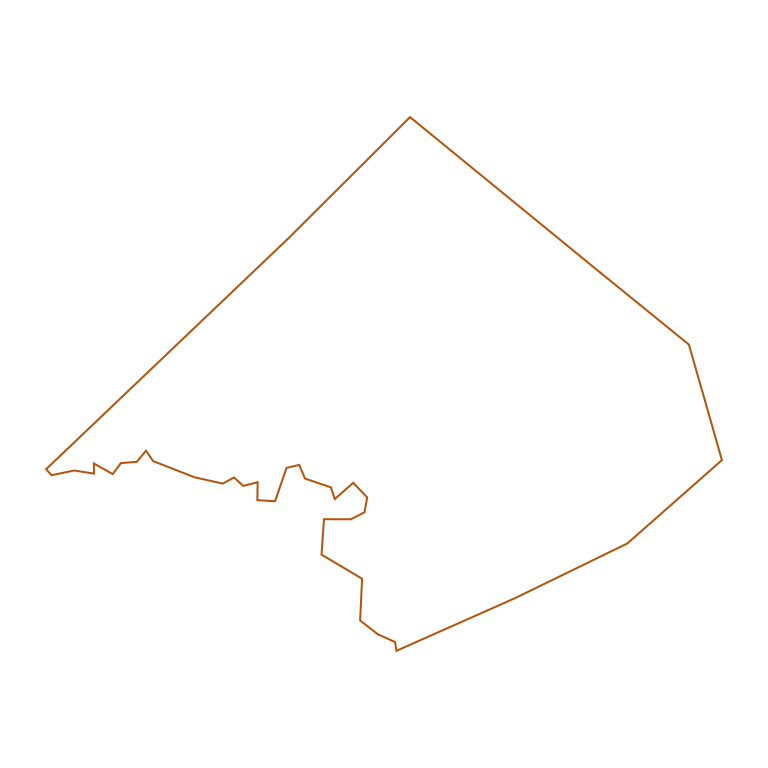 outline of Comal, Texas, United States of America
{"feature_id": "52423323B34146067891906", "entity_name": "Comal", "entity_type": "district", "adm_level": 2, "iso_a3": "USA", "parent_name": "United States of America", "parent_adm1": "Texas", "projection": "orthographic", "projection_center": [-98.378, 29.816], "detail": "fine", "context": "isolated", "style": "outline", "palette": "amber", "viewbox_px": 768, "rotation_deg": 0, "n_neighbors": 0, "source": "geoboundaries", "source_scale": "gbopen_adm2", "svg_char_len": 649}
<svg xmlns="http://www.w3.org/2000/svg" viewBox="0 0 768 768"><path d="M46.1,469.2L51.5,475.2L74.2,470.5L94.0,473.6L93.9,463.5L112.7,474.1L120.9,463.1L136.8,461.8L146.0,450.7L153.1,461.1L194.6,477.3L222.8,483.6L234.0,477.5L243.2,485.9L257.6,482.2L257.4,500.2L275.1,501.2L286.5,467.9L299.2,464.9L305.0,478.6L330.8,487.3L334.8,499.0L353.2,482.8L367.2,497.4L364.5,512.3L350.7,519.3L324.0,519.2L321.5,554.6L362.1,578.8L360.1,620.5L377.9,634.3L395.1,642.1L396.4,650.8L514.9,598.2L627.4,543.4L720.0,461.8L721.9,460.1L705.1,401.2L701.4,388.3L688.9,344.6L594.0,267.5L410.0,117.1L288.7,238.0L46.1,469.2Z" fill="none" stroke="#b45309" stroke-width="2"/></svg>